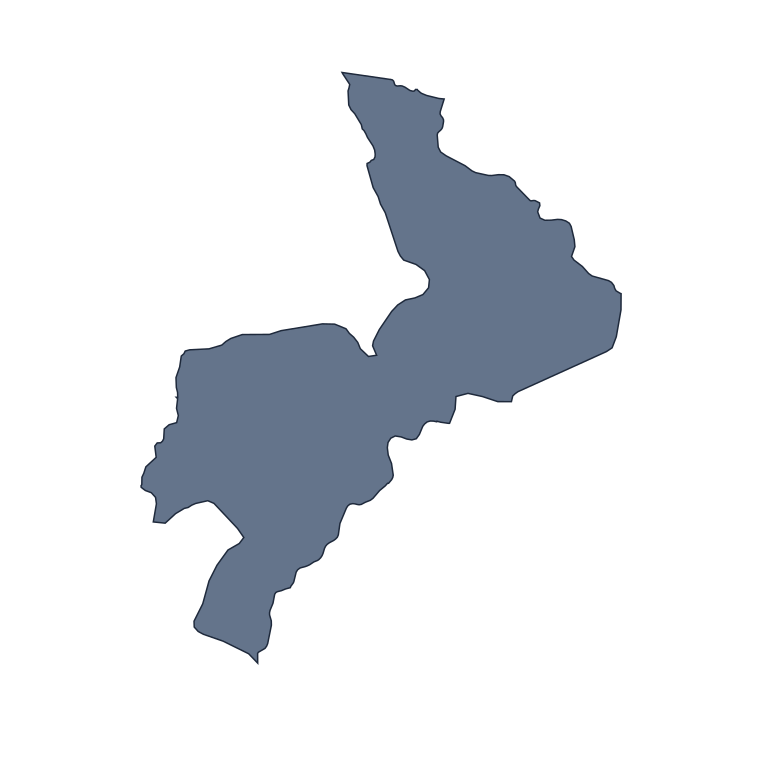 map outline of Kwara (Natural Earth projection), rotated 102°
{"feature_id": "NGA-2849", "entity_name": "Kwara", "entity_type": "State", "adm_level": 1, "iso_a3": "NGA", "parent_name": "Nigeria", "parent_adm1": "", "projection": "natural_earth1", "projection_center": [4.317, 9.059], "detail": "fine", "context": "isolated", "style": "filled", "palette": "slate", "viewbox_px": 768, "rotation_deg": 102, "n_neighbors": 0, "source": "natural_earth", "source_scale": "10m", "svg_char_len": 3614}
<svg xmlns="http://www.w3.org/2000/svg" viewBox="0 0 768 768"><g transform="rotate(102 384 384)"><path d="M220.3,227.1L223.3,223.9L227.8,214.4L233.4,206.8L235.1,202.8L236.2,185.8L237.3,182.6L239.9,179.6L242.4,178.3L244.6,176.4L246.1,172.1L246.3,170.9L247.2,170.7L262.2,167.6L289.5,166.6L301.2,168.4L306.0,173.1L363.6,251.3L366.2,253.7L368.9,255.6L374.8,255.7L377.6,269.1L375.8,285.1L375.7,299.9L381.3,311.0L393.9,309.2L408.8,311.7L409.1,313.1L409.6,320.6L409.4,324.4L409.6,324.4L409.9,324.2L410.0,324.0L410.0,327.8L410.6,331.1L412.1,333.9L414.7,336.0L417.4,337.3L426.0,338.9L430.8,341.0L432.9,345.1L433.1,350.4L432.2,356.2L432.5,362.2L435.6,366.1L440.4,367.9L445.6,367.5L452.6,365.1L460.2,360.1L471.3,356.0L473.6,356.0L475.9,356.6L480.2,358.9L480.4,359.9L483.4,361.6L489.1,366.1L498.1,371.0L500.6,373.2L503.5,377.6L506.5,381.2L507.3,383.3L507.4,385.3L507.3,387.4L507.5,389.7L508.7,392.4L510.8,394.1L513.3,395.0L529.6,398.1L541.1,397.3L543.6,397.8L545.7,399.1L547.5,400.7L550.6,404.4L552.7,406.3L554.8,407.4L557.1,408.0L562.3,408.4L564.8,408.9L567.1,409.8L569.4,411.3L570.4,412.3L572.6,415.6L576.3,419.2L577.8,421.2L579.1,423.3L580.8,426.7L581.4,427.8L583.6,429.8L586.3,430.8L596.2,431.1L597.5,431.4L601.3,433.1L602.7,433.3L604.9,437.6L607.5,441.4L609.3,445.1L610.4,446.4L612.4,447.2L621.5,447.0L629.1,448.4L631.6,448.4L633.7,447.9L639.1,445.0L643.3,444.0L662.1,443.8L664.8,444.3L667.3,445.4L672.5,451.1L673.8,451.6L683.3,449.5L676.0,460.3L669.0,487.9L666.4,508.5L664.7,514.3L661.2,519.1L655.5,520.5L636.7,515.6L612.9,514.2L596.0,509.7L578.8,502.1L570.1,492.4L563.3,489.2L555.7,497.3L536.1,525.5L534.8,532.1L540.0,543.4L542.5,546.9L545.5,549.9L547.2,553.5L554.1,560.9L565.6,569.1L566.9,581.0L548.5,581.7L542.4,583.9L538.7,589.0L537.8,595.3L535.6,600.0L534.1,600.5L532.7,600.0L525.5,601.4L521.2,600.4L514.5,599.7L503.1,591.6L492.4,595.3L488.8,593.6L487.9,590.2L486.0,588.8L483.4,588.1L473.6,589.6L468.5,585.7L464.9,578.8L457.7,578.6L450.9,581.9L441.3,582.8L440.2,584.4L439.9,583.0L435.1,584.2L430.6,586.4L421.0,588.8L409.8,587.4L398.8,588.1L396.0,586.0L393.1,585.3L391.0,581.3L386.0,562.5L379.7,550.8L375.3,547.5L371.3,543.3L365.1,532.9L359.3,506.3L353.2,495.7L338.0,456.8L335.7,444.7L337.9,432.6L341.7,428.4L344.5,423.4L348.8,418.3L354.4,414.5L360.3,404.9L357.4,397.2L349.0,403.1L344.2,403.2L331.7,399.9L311.4,391.6L303.8,387.0L297.3,380.5L293.4,371.7L288.4,364.5L280.6,360.4L272.4,361.3L264.7,367.8L260.4,377.5L258.7,390.5L255.4,394.6L251.4,397.9L216.2,418.4L208.8,424.8L201.9,428.7L194.2,435.4L174.0,446.0L171.8,446.4L170.0,444.0L167.9,442.9L166.5,440.7L163.7,440.0L161.0,440.4L157.1,441.8L153.4,444.3L146.3,451.4L143.0,453.8L140.2,456.3L139.0,458.3L135.0,460.1L125.7,468.8L122.5,473.3L118.4,476.5L104.8,480.1L101.5,479.8L98.1,479.8L89.3,488.7L88.0,489.8L84.8,441.3L84.7,441.1L84.8,439.0L85.8,437.5L88.7,435.9L89.6,434.9L89.8,433.1L88.9,430.1L88.7,428.3L89.3,425.2L91.5,419.6L91.6,416.5L90.9,415.1L90.1,414.8L89.3,414.3L89.0,412.7L89.5,412.3L91.4,408.9L91.9,407.7L92.9,402.3L93.3,389.7L92.7,384.4L105.9,385.6L108.2,385.3L109.9,383.9L111.3,382.1L113.2,380.7L115.0,380.3L120.3,380.1L122.1,380.4L124.0,381.4L125.7,382.7L127.4,383.7L129.4,383.7L141.1,380.2L145.3,376.8L147.9,370.6L153.6,350.1L157.2,342.4L158.2,338.3L158.3,325.3L157.7,322.0L155.5,315.7L154.4,310.2L155.1,304.7L158.4,298.5L159.6,297.5L162.4,296.4L163.6,295.1L174.1,279.4L174.3,278.3L173.4,275.8L173.2,274.4L174.5,269.5L177.2,268.6L180.6,269.3L183.6,269.5L189.2,265.9L190.4,260.7L189.0,254.6L186.9,248.5L186.3,244.6L186.7,240.1L188.2,236.1L191.0,233.7L203.3,227.9L210.0,225.8L220.3,227.1Z" fill="#64748b" stroke="#1e293b" stroke-width="1.5"/></g></svg>